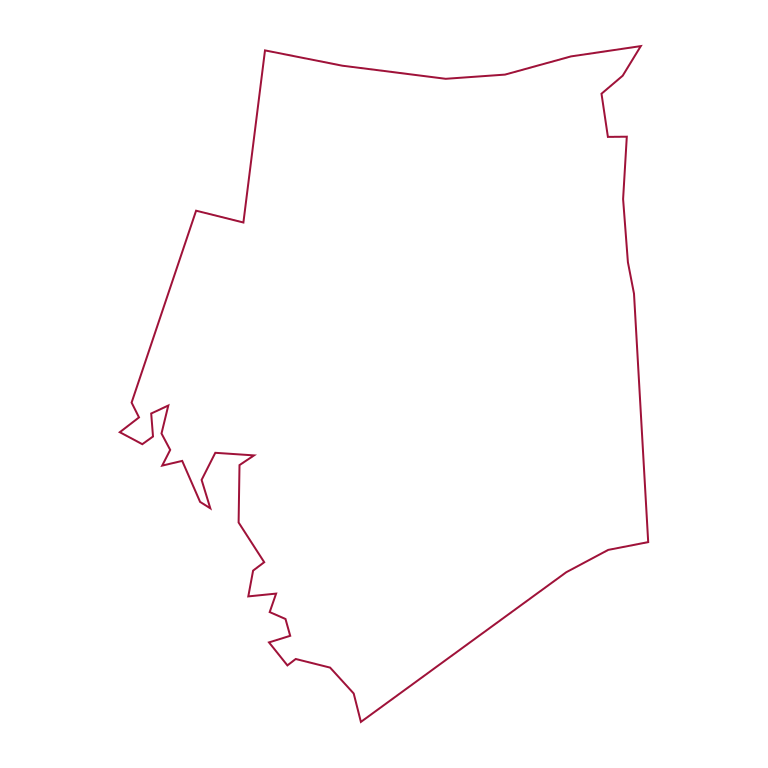 Barren, Kentucky, United States of America (orthographic projection)
{"feature_id": "52423323B4695420785133", "entity_name": "Barren", "entity_type": "district", "adm_level": 2, "iso_a3": "USA", "parent_name": "United States of America", "parent_adm1": "Kentucky", "projection": "orthographic", "projection_center": [-86.003, 36.946], "detail": "fine", "context": "isolated", "style": "outline", "palette": "rose", "viewbox_px": 768, "rotation_deg": 0, "n_neighbors": 0, "source": "geoboundaries", "source_scale": "gbopen_adm2", "svg_char_len": 731}
<svg xmlns="http://www.w3.org/2000/svg" viewBox="0 0 768 768"><path d="M196.1,210.7L162.0,312.1L131.6,402.6L139.0,417.4L119.8,432.2L142.3,444.2L153.0,436.5L151.2,413.5L168.3,405.5L161.5,433.5L170.2,449.9L162.2,465.6L182.2,460.9L200.1,501.9L210.3,508.3L201.6,479.9L215.3,452.8L254.0,455.4L239.5,465.1L238.6,522.5L264.2,562.2L253.1,570.6L248.3,596.4L276.1,593.6L269.7,612.1L285.5,619.0L290.2,635.8L269.0,642.4L287.4,665.4L295.7,659.0L330.1,667.6L353.7,693.5L360.9,721.9L566.3,572.2L608.2,549.9L648.2,542.1L634.0,293.7L627.9,262.2L623.1,199.1L626.8,136.7L607.9,136.9L601.5,93.7L622.7,75.7L640.8,46.1L571.0,56.4L505.0,74.6L445.7,78.8L342.3,65.7L265.0,50.4L243.4,222.5L196.1,210.7Z" fill="none" stroke="#9f1239" stroke-width="2"/></svg>